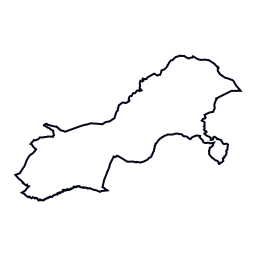 Curatele, Bihor, Romania (Natural Earth projection)
{"feature_id": "2599482B66131117127399", "entity_name": "Curatele", "entity_type": "district", "adm_level": 2, "iso_a3": "ROU", "parent_name": "Romania", "parent_adm1": "Bihor", "projection": "natural_earth1", "projection_center": [22.466, 46.727], "detail": "fine", "context": "isolated", "style": "outline", "palette": "ink", "viewbox_px": 256, "rotation_deg": 0, "n_neighbors": 0, "source": "geoboundaries", "source_scale": "gbopen_adm2", "svg_char_len": 5793}
<svg xmlns="http://www.w3.org/2000/svg" viewBox="0 0 256 256"><path d="M100.0,191.9L101.4,191.0L107.5,190.4L107.3,190.2L106.6,190.2L104.3,188.1L102.5,187.1L104.2,179.8L107.2,172.3L107.1,171.8L107.7,171.0L109.1,167.6L110.1,163.8L113.7,156.5L115.1,157.2L117.0,155.7L119.7,157.0L127.4,161.7L133.3,161.6L135.1,162.2L136.3,162.3L136.5,161.9L139.8,162.4L140.8,162.4L142.8,161.9L146.9,160.0L148.3,158.9L148.6,158.3L149.8,157.5L150.8,157.2L151.5,156.2L151.5,155.3L152.1,154.9L152.8,153.3L152.9,152.5L153.9,151.2L153.8,150.6L154.3,148.8L154.2,148.3L154.9,147.2L154.8,145.4L155.6,144.8L155.5,143.7L156.6,143.0L157.9,141.0L159.5,139.1L160.9,138.3L161.5,137.5L163.2,136.8L164.3,135.8L166.1,135.4L167.4,134.5L172.4,134.5L174.0,134.2L175.1,133.7L177.7,133.6L179.7,134.2L181.1,134.1L182.4,134.8L183.0,135.8L183.6,136.2L185.3,136.3L187.3,136.9L188.5,138.1L190.0,139.1L190.7,138.9L191.8,137.5L194.1,136.3L195.5,136.0L196.2,135.5L199.3,135.8L200.1,136.0L199.7,137.4L199.9,137.7L200.9,138.4L201.7,139.5L202.6,140.1L203.4,142.3L203.7,142.4L205.3,143.0L206.7,143.0L207.6,142.6L209.0,142.8L209.7,143.3L210.4,143.4L213.9,142.7L213.3,143.6L212.9,145.5L211.2,147.1L209.8,147.7L209.6,149.7L209.2,150.2L208.9,151.5L209.3,152.0L209.1,154.1L210.8,156.4L212.8,158.3L214.2,159.2L215.2,160.2L217.3,160.8L218.1,161.6L218.7,163.7L219.0,164.0L219.4,164.0L219.8,163.6L219.8,163.1L220.3,162.8L221.7,162.4L223.3,160.9L222.8,158.4L223.9,157.9L224.4,157.5L224.5,156.9L224.3,156.6L225.5,155.7L226.3,154.3L226.6,152.2L226.3,151.5L226.3,150.8L226.6,150.3L227.3,149.9L227.5,148.3L227.5,147.1L228.0,145.0L228.0,144.6L227.2,143.9L226.1,143.6L224.3,144.1L223.3,143.8L222.7,143.3L222.4,142.2L221.8,141.7L221.3,140.3L219.1,139.5L218.5,139.0L217.3,139.2L216.9,138.9L216.7,138.1L214.9,136.9L214.3,136.7L213.3,137.4L213.0,137.9L213.3,138.8L212.8,139.6L210.7,139.9L210.7,137.9L210.4,137.4L206.5,135.5L204.2,133.7L204.2,133.4L204.4,133.2L205.5,133.1L206.6,131.9L206.2,131.3L204.4,130.4L203.9,129.6L204.5,128.8L204.6,128.3L204.6,127.6L203.9,126.3L204.7,125.6L204.5,125.1L204.6,122.2L201.8,120.6L202.5,119.8L202.8,119.0L203.8,118.6L204.6,118.6L205.4,118.1L205.7,117.6L204.9,116.1L204.6,114.9L209.4,112.5L213.1,111.9L214.8,108.1L214.4,106.1L214.4,104.4L215.2,101.8L216.2,99.6L216.7,99.1L216.2,98.5L231.4,90.9L240.6,90.8L239.3,89.1L238.8,88.8L237.9,87.5L236.5,86.1L233.4,80.9L232.8,80.3L227.3,78.2L226.3,78.2L224.7,77.5L222.5,75.9L221.9,75.8L221.5,75.5L221.5,75.1L220.0,74.3L219.2,73.3L219.1,72.6L217.9,71.3L217.8,70.8L217.8,69.1L218.3,68.5L218.1,68.3L218.5,67.9L218.4,67.2L217.8,66.9L217.5,67.4L217.3,66.6L215.9,65.4L215.3,65.1L215.0,64.4L213.9,63.4L208.5,60.0L207.2,60.1L205.3,59.6L201.3,59.9L199.5,59.6L197.8,59.2L193.0,56.3L192.2,57.6L191.0,57.6L188.9,58.4L188.1,58.3L185.4,56.9L184.4,56.0L180.4,55.9L179.9,55.6L177.5,56.6L175.7,57.0L172.5,60.1L171.0,60.3L169.2,62.5L168.6,63.8L167.6,65.1L167.7,65.5L167.1,66.5L165.2,68.8L162.6,70.2L161.5,70.4L161.3,71.5L160.6,73.7L160.1,74.8L158.6,74.9L157.6,75.6L154.9,74.1L154.7,73.8L154.1,73.7L147.8,77.2L146.6,78.3L146.4,79.1L143.4,79.0L142.8,78.6L142.5,79.1L143.4,80.1L143.4,80.7L142.5,81.1L142.2,81.5L141.0,81.3L140.4,80.0L140.4,81.2L139.7,83.1L140.1,85.9L139.6,87.8L139.9,88.9L140.6,89.2L140.5,89.5L140.6,89.9L141.3,90.4L139.3,91.1L138.7,90.4L137.2,90.5L136.7,90.9L135.2,93.1L133.2,93.1L131.5,96.0L130.6,95.9L129.7,96.5L129.1,97.4L128.7,99.4L128.8,99.9L129.3,100.3L128.8,100.7L129.0,101.3L126.0,103.0L125.1,103.1L124.5,102.7L123.0,102.5L122.2,102.8L118.7,105.4L118.4,107.7L117.9,108.2L117.8,109.4L117.9,110.2L116.4,111.9L114.4,118.2L109.5,121.4L107.0,121.8L104.6,122.6L102.4,124.3L100.6,124.0L90.7,123.3L87.4,124.4L84.8,124.8L79.7,126.4L65.1,131.7L62.8,130.7L60.6,130.3L59.5,129.0L58.7,128.7L58.8,128.4L56.9,127.2L57.0,126.9L56.7,126.6L56.0,126.7L49.7,125.4L49.5,125.1L48.7,124.8L47.9,125.0L47.2,124.1L45.8,123.8L43.9,125.1L44.1,125.6L45.4,125.9L45.7,126.4L46.7,126.8L47.4,127.5L49.3,128.2L51.6,130.0L53.3,130.8L53.2,132.2L54.0,135.4L53.1,135.9L53.0,136.7L47.8,136.5L46.6,136.9L44.2,137.1L42.7,137.5L39.9,137.4L38.8,138.7L37.7,139.4L34.9,140.4L34.0,140.0L30.7,143.8L31.4,143.9L33.2,146.7L35.1,148.7L36.1,149.2L35.1,150.8L32.8,153.3L29.8,155.3L28.1,157.7L26.6,160.5L24.7,165.6L23.8,167.2L22.7,168.4L22.3,169.4L21.1,171.2L20.5,171.7L20.3,172.6L20.0,173.2L15.4,174.9L18.8,178.8L20.4,179.9L23.3,182.8L23.0,183.1L26.0,185.3L27.0,184.7L27.4,186.0L28.3,186.0L29.0,186.3L26.6,188.7L25.1,190.7L21.8,192.7L24.4,193.9L25.1,194.6L25.2,195.0L28.2,197.2L28.7,196.8L29.1,197.1L29.7,196.7L31.3,198.3L32.4,197.9L33.0,197.1L34.9,198.4L35.4,197.8L36.4,197.9L36.5,198.1L37.2,198.3L37.5,199.2L38.5,200.3L39.3,199.5L40.2,199.7L40.2,200.0L40.8,199.8L40.8,200.1L41.6,200.4L43.0,200.1L43.7,200.4L43.9,200.2L43.7,200.0L44.5,199.6L44.4,199.4L44.6,199.1L46.7,198.6L46.8,198.2L47.7,197.7L48.6,197.5L48.8,197.7L49.1,197.1L50.0,196.7L50.5,196.9L50.8,196.6L51.7,197.0L52.4,196.8L52.7,196.0L53.8,195.4L54.3,194.8L55.1,194.9L56.1,194.4L56.7,194.5L56.9,194.2L57.1,194.3L57.2,193.6L57.7,193.6L57.8,193.3L58.5,193.6L58.7,193.1L59.2,193.1L59.0,192.9L59.1,192.7L59.9,193.0L60.2,192.2L61.1,192.3L61.9,191.9L62.9,191.7L62.8,191.4L63.2,191.1L62.7,190.7L62.7,190.1L63.3,190.1L63.9,189.7L64.2,189.8L64.1,190.0L64.9,189.8L66.1,190.2L66.4,189.9L66.5,190.2L66.4,190.3L67.3,190.1L67.6,189.6L67.7,189.8L68.2,189.6L68.6,190.0L69.0,190.0L69.0,189.5L69.6,189.6L69.8,189.5L69.6,189.3L69.9,189.1L69.9,189.3L70.5,189.4L71.3,189.1L71.9,188.3L72.5,188.4L73.1,188.1L73.5,186.8L74.2,186.5L74.7,186.9L74.6,187.2L75.4,186.9L76.2,187.1L76.4,186.8L76.6,187.0L77.1,186.5L77.4,186.5L77.3,186.3L78.9,186.2L79.1,186.0L79.7,186.2L80.0,186.9L82.3,187.7L82.8,187.6L83.1,187.2L83.9,187.9L84.5,187.9L84.7,187.5L86.0,187.6L86.8,187.8L87.1,188.4L87.8,188.5L89.4,188.1L89.7,188.4L90.0,188.3L93.1,189.6L96.3,190.3L100.0,191.9Z" fill="none" stroke="#020617" stroke-width="2"/></svg>